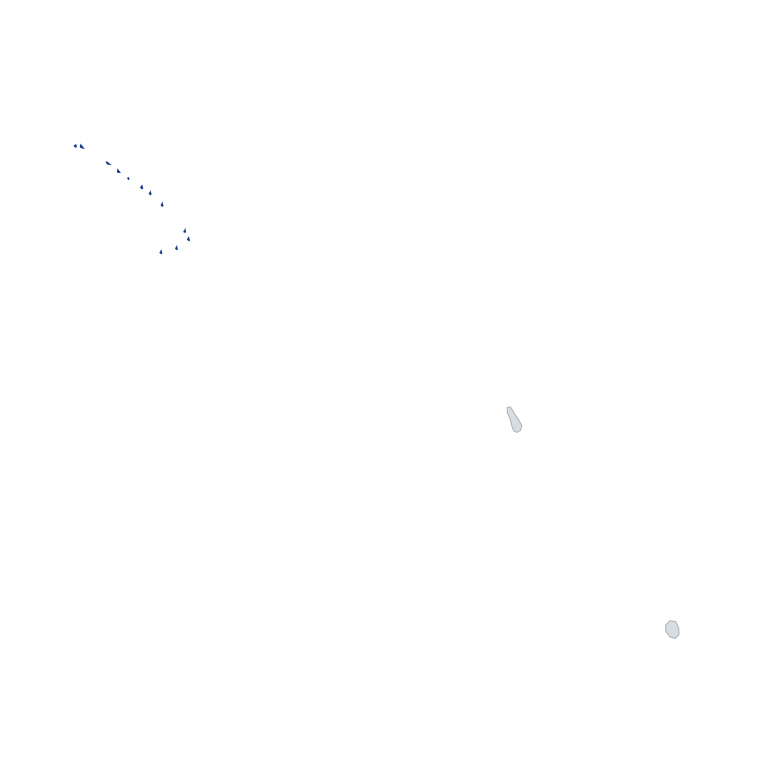 where Raa sits in Maldives, rotated 318°
{"feature_id": "MDV-5226", "entity_name": "Raa", "entity_type": "Atoll", "adm_level": 1, "iso_a3": "MDV", "parent_name": "Maldives", "parent_adm1": "", "projection": "natural_earth1", "projection_center": [72.972, 5.719], "detail": "fine", "context": "in_parent", "style": "filled", "palette": "blue", "viewbox_px": 768, "rotation_deg": 318, "n_neighbors": 0, "source": "natural_earth", "source_scale": "10m", "svg_char_len": 1642}
<svg xmlns="http://www.w3.org/2000/svg" viewBox="0 0 768 768"><g transform="rotate(318 384 384)"><path d="M458.5,507.2L454.3,509.8L450.4,508.8L449.1,505.5L451.0,500.6L454.3,494.4L456.5,487.7L459.8,484.0L462.4,485.3L462.1,489.1L460.9,494.3L460.1,501.0L458.5,507.2ZM435.5,767.6L430.4,768.1L427.2,763.4L427.9,756.4L431.9,751.6L438.2,751.3L441.8,755.6L439.9,762.4L435.5,767.6Z" fill="#d9dde1" stroke="#a8b0b8" stroke-width="1"/><path d="M318.6,3.7L318.3,7.1L317.2,5.3L317.4,4.4L318.6,3.7ZM326.3,32.9L326.3,33.0L327.0,36.8L326.1,35.9L325.9,35.0L326.3,32.9ZM329.4,47.1L329.1,49.6L328.4,48.9L328.1,48.5L328.1,47.9L328.8,47.6L329.4,47.1ZM336.4,75.0L336.0,75.7L335.8,76.3L335.6,76.8L335.0,76.8L334.8,75.4L335.1,75.1L335.3,75.1L335.7,75.2L336.4,75.0ZM314.8,0.2L314.8,0.3L314.3,0.7L314.2,1.4L314.1,1.6L313.7,1.4L313.4,1.2L313.3,0.0L313.6,-0.1L314.2,0.2L314.8,0.2ZM336.4,144.8L336.1,145.3L335.7,146.4L335.3,146.8L334.8,145.5L334.8,145.4L335.1,145.0L335.7,145.0L336.4,144.8ZM307.1,136.2L306.8,136.8L306.6,137.4L306.4,137.8L306.0,138.0L305.6,136.8L305.9,136.5L306.5,136.5L307.1,136.2ZM338.9,136.6L338.5,137.1L338.4,137.7L338.2,138.1L337.7,138.2L337.7,138.3L337.5,137.3L337.4,137.1L337.7,136.8L338.3,136.8L338.9,136.6ZM339.7,101.7L339.3,102.3L339.1,102.8L339.0,103.3L338.5,103.4L338.4,103.4L338.2,102.3L338.4,102.0L339.0,102.0L339.7,101.7ZM338.6,85.2L338.3,85.7L338.1,86.3L337.9,86.7L337.4,86.9L337.1,85.7L337.4,85.4L338.0,85.4L338.6,85.2ZM321.4,143.6L321.0,144.2L320.9,144.7L320.7,145.1L320.2,145.3L319.9,144.2L320.2,143.9L320.8,143.8L321.4,143.6ZM331.9,59.0L331.7,60.5L330.9,61.3L331.9,59.0Z" fill="#3b82f6" stroke="#1e3a8a" stroke-width="1.5"/></g></svg>